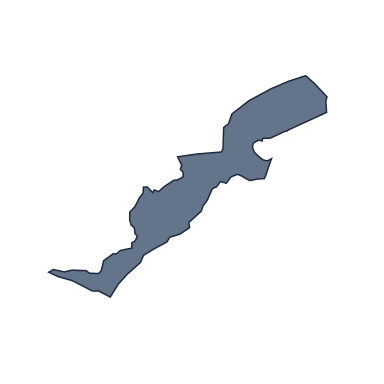 Jefferson, Louisiana, United States of America, rotated 61°
{"feature_id": "52423323B43258201859657", "entity_name": "Jefferson", "entity_type": "district", "adm_level": 2, "iso_a3": "USA", "parent_name": "United States of America", "parent_adm1": "Louisiana", "projection": "mercator", "projection_center": [-90.097, 29.677], "detail": "fine", "context": "isolated", "style": "filled", "palette": "slate", "viewbox_px": 384, "rotation_deg": 61, "n_neighbors": 0, "source": "geoboundaries", "source_scale": "gbopen_adm2", "svg_char_len": 1567}
<svg xmlns="http://www.w3.org/2000/svg" viewBox="0 0 384 384"><g transform="rotate(61 192 192)"><path d="M154.2,187.5L163.4,188.0L166.6,191.2L170.3,190.2L174.3,192.2L174.5,198.6L172.9,202.2L173.8,214.0L175.5,220.8L171.9,224.1L173.6,226.6L165.9,228.7L164.2,232.1L169.2,235.2L171.4,240.5L177.1,248.9L179.4,256.2L185.9,259.9L191.2,261.3L195.3,259.8L200.6,262.0L204.0,261.2L207.3,265.6L207.2,269.3L211.9,271.8L208.4,283.0L209.5,288.2L207.8,291.0L209.3,302.6L216.8,309.5L218.0,313.3L213.3,321.1L209.5,322.6L202.1,335.0L200.0,342.4L192.6,350.8L192.7,356.2L195.6,354.2L201.4,349.9L211.6,339.6L229.8,327.5L231.4,325.3L232.3,323.5L233.2,321.8L244.3,314.4L237.0,301.5L232.6,288.8L228.6,271.1L223.9,265.1L223.4,253.5L223.5,238.2L220.8,233.3L223.0,223.3L222.0,211.4L217.1,209.5L213.3,193.2L209.5,189.1L206.4,182.4L199.0,172.6L199.4,167.9L196.6,161.9L198.9,159.8L200.9,157.8L197.7,150.4L198.6,143.7L201.6,141.1L206.3,138.4L210.0,136.0L212.7,127.7L215.4,122.3L213.7,119.9L212.6,118.7L211.3,117.3L203.6,108.9L202.6,107.7L201.4,106.3L201.4,107.1L201.5,108.3L201.2,111.1L198.6,114.1L194.4,116.0L187.9,118.1L183.7,117.8L182.2,117.4L179.1,114.8L178.9,112.9L179.0,108.5L180.2,107.2L181.4,105.9L179.4,104.3L179.8,103.5L181.3,100.3L182.2,98.9L182.7,97.6L183.0,96.5L183.0,95.4L183.5,88.7L184.0,81.2L184.7,79.2L184.5,77.0L187.6,35.7L177.4,30.9L174.2,27.8L156.4,32.3L145.4,36.2L141.9,54.1L140.0,73.0L139.9,81.2L139.9,86.6L139.7,97.5L139.9,99.0L143.1,119.3L150.0,127.0L150.9,133.0L169.5,144.1L171.2,147.0L161.4,168.7L154.2,187.5Z" fill="#64748b" stroke="#1e293b" stroke-width="1.5"/></g></svg>